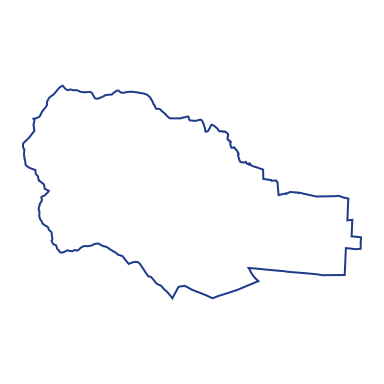 Crizbav, Brasov, Romania
{"feature_id": "2599482B31173771953984", "entity_name": "Crizbav", "entity_type": "district", "adm_level": 2, "iso_a3": "ROU", "parent_name": "Romania", "parent_adm1": "Brasov", "projection": "equal_earth", "projection_center": [25.451, 45.829], "detail": "fine", "context": "isolated", "style": "outline", "palette": "blue", "viewbox_px": 384, "rotation_deg": 0, "n_neighbors": 0, "source": "geoboundaries", "source_scale": "gbopen_adm2", "svg_char_len": 5858}
<svg xmlns="http://www.w3.org/2000/svg" viewBox="0 0 384 384"><path d="M172.4,298.3L178.4,287.0L178.9,286.7L184.6,285.8L185.4,286.3L186.9,286.9L188.3,287.6L189.5,288.4L192.4,289.9L196.3,291.5L197.3,291.8L206.2,295.3L210.5,297.4L212.8,298.2L216.3,296.8L218.3,296.0L221.0,295.2L223.7,294.3L229.0,292.7L235.4,290.5L236.8,290.1L256.4,281.9L258.4,281.1L257.7,280.5L256.3,279.3L255.6,278.5L254.6,277.5L253.1,275.7L252.7,275.1L250.8,272.1L250.0,270.1L249.4,269.1L248.6,268.0L249.2,268.0L255.4,268.5L264.2,269.4L267.3,269.7L273.8,270.3L279.4,270.8L281.5,271.0L282.2,271.0L283.5,271.1L286.5,271.6L290.2,272.0L304.3,273.1L317.8,274.4L322.0,275.2L344.7,275.0L345.9,248.1L351.8,248.7L354.8,249.1L357.1,249.1L360.7,248.8L360.7,243.1L361.0,237.3L356.7,236.8L351.6,236.4L352.3,219.8L347.4,220.4L347.9,207.8L348.1,201.6L348.5,198.7L348.1,198.5L343.8,197.6L340.8,196.5L337.9,195.8L335.6,196.1L334.8,196.2L316.2,196.5L301.2,193.1L298.9,192.6L298.6,193.1L297.3,192.5L290.0,192.0L286.3,193.9L286.1,193.3L278.6,195.1L277.5,182.5L277.0,181.6L276.7,181.4L276.2,180.6L271.4,180.7L271.2,180.1L263.3,178.9L263.1,169.6L256.0,167.1L254.7,166.7L253.6,166.5L251.4,165.4L249.2,164.6L250.0,163.6L249.7,163.3L248.2,163.8L246.9,163.7L246.8,163.2L246.2,162.8L245.8,161.9L244.8,162.5L243.8,162.6L242.6,162.1L241.8,162.3L240.4,162.0L240.2,161.7L240.1,161.1L239.6,160.8L239.3,159.7L238.7,157.8L238.7,157.5L238.5,157.3L238.4,156.9L238.3,155.9L238.1,155.3L238.0,154.6L238.6,154.3L238.4,153.2L238.0,152.5L237.5,152.2L237.3,151.6L237.4,151.2L236.7,150.3L234.5,148.1L234.5,147.6L234.0,147.4L233.6,147.4L233.1,147.6L232.1,147.7L231.9,147.8L231.5,147.7L231.4,147.5L231.0,146.8L230.8,145.9L230.4,144.9L230.3,144.5L230.4,143.4L230.4,142.8L230.6,142.5L230.8,142.1L230.7,141.7L230.4,141.5L229.7,141.6L229.6,141.4L229.7,140.9L228.9,140.2L228.5,140.2L228.3,140.1L227.7,139.5L227.6,139.4L227.5,138.2L227.7,137.8L227.9,136.9L227.9,136.7L227.7,136.5L227.7,136.2L228.2,135.5L228.2,135.2L228.2,134.9L228.1,134.5L227.9,134.3L227.8,133.9L227.3,133.1L227.2,133.0L226.8,132.9L226.6,132.8L226.2,132.2L225.2,132.0L225.1,131.8L224.9,131.6L224.3,131.4L224.0,131.4L223.5,131.8L223.3,131.8L223.1,131.8L223.0,131.7L223.1,131.4L222.4,131.4L221.3,131.1L220.7,131.1L219.9,131.5L219.4,131.0L218.4,130.4L217.5,128.7L217.2,128.4L217.0,128.2L216.1,127.5L215.4,126.8L212.7,125.1L212.4,124.9L212.1,124.8L211.8,124.8L211.4,125.0L210.9,125.4L210.7,125.9L210.3,126.8L209.5,128.5L209.1,129.0L208.5,130.4L207.8,131.1L207.2,131.4L206.5,131.6L205.9,131.7L205.5,131.5L205.2,131.0L205.2,129.9L204.7,127.3L204.0,125.5L203.9,124.9L202.8,122.2L202.0,120.6L201.6,120.2L201.0,119.9L200.4,119.8L199.3,119.9L196.3,120.8L195.8,120.7L193.9,120.8L192.8,120.7L190.5,120.4L190.0,120.3L189.4,119.9L188.9,118.8L188.8,117.9L188.7,117.1L188.4,116.8L188.2,116.6L187.8,116.5L186.8,116.7L183.3,117.6L182.6,117.5L182.3,117.6L181.2,118.2L180.1,118.4L176.4,118.3L175.3,118.4L172.0,118.3L171.1,118.4L169.4,118.1L168.7,117.5L168.2,117.0L167.6,116.5L166.9,115.8L166.3,115.3L165.7,114.4L164.9,113.8L164.5,113.2L161.7,111.0L160.9,110.1L160.0,109.3L159.1,108.9L158.6,108.8L157.2,108.9L156.5,108.9L156.1,108.6L155.7,108.1L155.4,107.5L155.1,106.5L154.8,106.0L154.6,105.3L153.4,104.0L153.2,103.3L152.4,101.2L151.2,99.5L150.3,97.6L147.4,94.9L144.3,93.7L140.5,93.0L137.8,92.5L133.6,91.9L130.6,91.7L126.4,92.2L122.4,92.9L120.6,92.3L118.7,90.7L116.7,90.7L113.7,92.8L111.9,94.5L105.9,95.0L101.8,97.1L98.5,98.4L96.9,98.8L95.0,98.2L93.6,96.0L91.9,92.9L90.4,92.0L89.6,91.9L87.7,92.0L85.5,92.3L82.3,92.1L80.3,91.7L76.8,90.1L73.6,90.3L70.4,89.4L68.4,90.2L67.3,89.9L65.7,89.1L64.1,87.4L62.7,85.7L60.4,86.8L58.1,89.0L56.1,91.6L53.4,94.7L50.8,96.4L49.4,97.6L47.5,100.6L46.9,102.8L47.0,105.0L45.8,107.1L42.2,111.4L41.4,113.0L39.8,116.3L38.8,117.1L35.5,118.5L34.9,118.5L33.5,118.8L34.3,119.8L34.3,121.2L34.2,122.3L34.0,122.9L33.6,123.8L33.5,124.5L33.8,126.6L34.0,127.8L34.1,128.5L34.1,129.1L34.3,130.9L33.6,132.0L32.4,133.3L31.0,135.3L29.0,137.8L28.5,138.2L27.0,139.8L24.8,141.7L24.3,142.3L23.7,142.8L23.3,143.4L23.1,144.0L23.0,144.9L23.0,146.7L23.1,147.3L23.3,147.8L23.8,148.9L24.3,149.4L24.3,149.9L24.2,151.2L24.3,151.8L24.2,152.2L24.0,153.4L24.0,154.8L24.1,155.9L24.4,156.8L24.4,157.3L24.5,157.9L24.5,158.8L25.0,159.9L25.4,162.9L25.4,163.6L25.6,164.8L26.1,165.4L27.8,166.8L29.3,167.8L30.8,168.3L31.2,168.6L33.2,169.2L34.2,169.7L35.3,169.9L35.7,173.5L36.5,174.7L37.4,175.5L38.1,176.6L38.3,178.9L39.0,180.1L38.9,180.8L39.7,181.0L44.0,184.4L44.7,188.8L48.8,190.8L48.3,191.7L44.9,195.3L41.9,196.6L41.3,197.3L42.0,200.1L40.8,202.4L39.6,204.2L39.7,205.5L38.9,206.9L38.7,210.3L39.5,211.8L39.2,216.0L40.3,219.6L41.6,221.3L42.1,222.1L42.5,223.5L43.6,224.3L45.1,225.5L47.2,226.5L47.7,226.9L48.1,227.7L48.9,229.7L49.6,230.5L50.8,231.4L51.4,232.1L51.8,233.6L51.7,234.5L51.7,235.1L51.9,235.6L52.0,236.8L52.3,237.5L52.3,239.7L51.7,240.5L51.6,241.1L53.0,243.7L54.0,244.6L55.2,244.9L56.0,245.3L56.5,246.5L57.0,248.4L57.5,249.2L58.9,250.4L59.5,251.7L60.1,252.2L61.2,252.7L61.9,252.7L64.1,251.9L65.6,251.3L67.1,250.4L67.5,250.3L68.4,250.6L69.4,250.9L71.4,251.1L72.4,251.1L72.7,251.0L74.6,250.1L75.3,250.0L75.7,250.1L76.8,250.6L77.3,250.6L77.7,250.4L78.9,249.5L80.1,248.4L81.1,247.5L81.8,247.1L84.0,246.1L84.5,246.0L85.2,246.0L87.8,246.2L88.6,246.1L90.0,245.8L91.5,245.6L91.9,245.5L93.0,244.7L95.2,243.8L95.9,243.7L96.7,243.7L97.2,243.5L98.0,243.5L99.2,243.9L99.7,244.3L100.8,245.0L103.6,246.3L106.0,246.7L106.9,247.3L107.7,247.5L108.4,248.0L108.9,248.5L109.9,249.3L111.1,249.9L112.1,250.6L116.4,253.1L118.1,254.8L119.8,255.2L122.6,256.2L124.5,258.8L128.7,263.9L132.9,262.3L133.9,262.0L135.3,261.9L137.1,261.9L138.2,262.3L140.2,264.2L146.4,273.7L148.4,276.4L149.7,276.5L150.8,276.9L152.0,278.0L154.6,281.1L156.5,283.6L157.8,284.3L160.0,285.2L160.8,285.6L161.6,286.3L162.2,287.0L163.1,288.1L164.0,289.1L165.3,290.3L167.1,291.8L171.3,296.8L172.4,298.3Z" fill="none" stroke="#1e3a8a" stroke-width="2"/></svg>